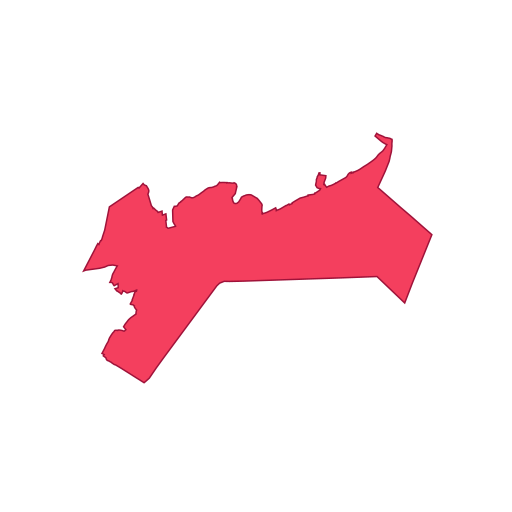 Gooise Meren, Noord-Holland, Netherlands (Natural Earth projection), rotated 134°
{"feature_id": "6326949B89511959643085", "entity_name": "Gooise Meren", "entity_type": "district", "adm_level": 2, "iso_a3": "NLD", "parent_name": "Netherlands", "parent_adm1": "Noord-Holland", "projection": "natural_earth1", "projection_center": [5.099, 52.322], "detail": "fine", "context": "isolated", "style": "filled", "palette": "rose", "viewbox_px": 512, "rotation_deg": 134, "n_neighbors": 0, "source": "geoboundaries", "source_scale": "gbopen_adm2", "svg_char_len": 5919}
<svg xmlns="http://www.w3.org/2000/svg" viewBox="0 0 512 512"><g transform="rotate(134 256 256)"><path d="M186.5,116.4L166.7,124.8L118.5,144.3L119.8,172.2L120.6,185.3L122.0,213.3L122.2,216.0L105.1,222.0L95.4,226.0L92.6,227.7L91.3,228.6L88.6,230.1L86.9,231.1L86.1,231.7L82.5,234.6L80.9,236.2L80.7,236.4L78.8,237.9L78.4,238.3L78.1,238.6L77.6,239.2L78.0,239.8L78.0,240.2L78.0,240.4L78.0,240.6L78.7,242.0L79.3,242.8L79.4,243.1L80.2,244.3L80.8,245.0L81.2,245.9L81.7,247.8L81.9,248.3L82.1,248.6L82.3,249.3L83.1,251.2L83.3,251.4L83.4,251.7L83.6,252.9L83.6,253.0L83.8,253.4L83.9,254.4L87.0,253.7L86.5,245.9L86.3,244.2L86.1,243.1L85.5,240.7L85.0,239.2L87.2,238.7L89.3,238.2L90.7,238.0L92.2,237.8L93.7,237.9L95.8,238.2L97.1,238.3L98.5,238.3L100.7,238.0L102.2,237.9L103.8,238.0L105.7,238.2L109.1,238.8L113.5,239.7L116.9,240.6L121.3,241.5L123.7,242.2L126.6,243.4L127.4,243.8L128.0,244.3L128.6,243.9L129.9,244.9L130.2,245.0L129.4,245.6L130.2,246.1L131.1,246.4L131.9,246.5L132.8,246.5L133.6,246.4L135.0,246.0L136.0,245.9L137.0,245.9L138.1,246.2L145.3,248.4L147.2,248.8L147.8,249.0L147.9,249.3L148.2,249.2L150.9,250.1L153.2,251.0L153.4,251.2L155.2,252.2L157.5,252.9L157.1,255.3L156.8,256.3L157.4,256.4L157.5,256.8L157.4,257.0L156.9,257.2L156.4,257.7L155.7,258.2L152.0,259.8L151.4,260.1L149.7,261.5L153.5,266.8L151.8,267.6L152.3,268.4L152.7,268.3L154.6,267.4L156.4,267.0L157.5,266.3L159.0,265.7L159.4,265.4L160.1,264.7L160.4,264.4L163.6,262.4L164.4,259.6L164.1,258.6L163.7,257.6L162.7,256.4L163.6,256.0L164.6,255.9L169.4,257.0L169.7,257.2L169.8,257.4L170.2,257.3L170.4,257.1L170.6,256.9L172.0,257.7L175.9,260.8L176.1,260.9L176.5,260.3L177.8,261.1L180.3,262.4L183.7,264.5L189.4,266.1L192.7,266.9L192.8,266.9L193.1,266.4L195.9,267.5L195.6,268.0L195.7,268.4L198.7,269.2L198.9,269.3L198.9,269.5L205.1,271.2L206.9,271.9L208.5,272.8L208.8,272.7L209.1,272.8L209.3,272.9L208.5,273.7L207.7,275.3L211.8,276.6L216.8,278.4L218.7,279.3L221.1,280.7L221.3,280.6L221.5,280.7L221.5,281.0L221.2,281.1L220.8,281.4L220.3,281.6L220.2,282.3L219.9,282.7L219.8,282.9L218.5,284.2L216.3,286.1L215.4,286.7L214.9,287.3L214.5,288.3L214.2,290.6L213.9,292.5L213.9,293.0L213.7,294.8L213.8,294.9L213.7,295.2L214.1,296.6L214.7,299.2L215.0,300.4L215.3,301.7L216.0,302.8L217.1,304.0L218.9,305.4L220.6,306.1L221.0,306.4L222.7,307.0L223.8,307.3L225.8,306.7L229.2,306.0L230.5,306.2L230.8,306.2L231.3,306.3L231.8,306.6L232.5,307.2L232.8,307.5L233.2,308.4L233.2,308.7L233.2,309.0L232.8,310.4L232.6,310.5L232.4,311.1L231.1,312.9L231.2,313.0L230.6,313.9L225.9,314.2L225.4,314.3L224.3,315.0L219.6,317.8L219.8,318.0L219.3,318.4L218.5,319.1L218.1,320.3L218.0,320.7L218.1,321.3L218.3,322.0L218.5,322.5L218.7,322.4L220.1,323.7L221.6,325.7L222.7,326.8L223.2,327.5L223.5,327.7L223.3,327.8L224.0,328.6L226.1,330.9L228.3,333.0L228.2,333.1L228.2,333.4L229.9,333.3L231.4,333.1L232.7,333.2L234.0,333.7L234.5,334.1L235.8,334.5L236.4,334.9L237.0,335.2L237.5,335.5L238.8,336.7L240.0,337.5L240.4,337.7L243.2,338.4L244.2,338.6L245.9,338.7L248.9,339.3L249.8,339.4L251.0,339.6L251.6,339.7L252.7,340.0L254.4,340.7L256.4,341.1L257.9,341.8L258.7,342.5L258.8,342.7L259.9,345.0L260.1,345.2L260.8,345.7L261.1,346.1L261.4,346.6L261.7,346.9L262.3,347.3L262.6,347.3L263.3,347.4L263.8,347.5L264.7,347.4L265.5,347.6L267.1,347.5L268.0,347.7L269.2,347.9L269.3,347.7L270.0,347.8L271.5,348.2L272.0,348.1L273.0,347.8L274.8,347.5L275.6,348.0L276.3,348.6L276.7,348.8L277.0,349.3L280.5,348.1L281.1,347.7L288.9,339.7L289.7,337.4L290.4,334.5L290.6,334.5L295.0,337.2L296.4,338.0L297.2,338.5L297.2,339.5L297.3,340.0L297.5,340.5L297.2,340.7L296.8,341.1L293.1,345.6L292.2,345.3L288.3,350.1L291.6,351.7L289.9,353.8L289.0,354.8L292.7,356.7L292.3,357.7L292.6,359.8L292.6,362.9L293.3,363.0L292.7,364.6L292.5,366.2L287.9,374.4L287.0,376.0L286.8,376.6L286.6,376.7L284.6,377.6L283.9,378.1L283.2,378.8L282.5,380.3L281.7,383.3L281.6,383.7L281.8,384.1L282.2,384.8L282.2,385.3L282.4,385.6L282.5,386.0L282.3,387.6L288.4,387.4L288.5,388.4L322.5,395.6L342.5,382.8L348.5,379.9L350.3,378.9L352.4,378.0L352.9,378.5L356.2,377.4L356.7,377.1L356.9,376.9L357.0,377.0L357.0,377.4L357.0,378.4L359.6,377.7L363.6,376.4L386.5,369.6L384.4,368.6L377.7,363.3L373.5,360.0L370.2,357.9L369.1,357.2L365.6,355.8L362.0,352.8L359.5,348.9L361.2,348.5L362.8,348.1L364.9,347.5L366.2,347.1L368.2,346.6L369.2,346.2L370.7,345.4L371.5,344.8L372.6,344.3L373.7,343.7L376.5,342.8L375.5,341.7L375.2,341.0L375.1,340.6L375.3,339.9L375.8,338.3L375.9,337.4L371.7,336.1L372.0,335.7L374.5,333.1L377.5,334.7L377.8,332.1L377.7,332.1L377.3,329.7L376.9,327.4L377.1,326.8L377.0,326.6L376.9,326.4L375.9,326.6L374.5,327.1L373.5,327.6L373.4,327.0L372.9,326.3L372.6,325.7L372.5,324.7L372.3,323.4L372.1,323.0L371.1,322.4L370.5,322.1L368.3,321.0L367.1,320.0L366.5,319.6L365.3,319.0L364.7,318.8L363.4,318.2L363.5,318.1L363.8,318.2L364.0,317.9L363.9,317.8L364.4,317.5L364.5,317.5L365.2,318.3L365.3,318.3L368.8,316.9L369.0,316.7L368.9,316.6L373.6,314.6L373.8,314.4L373.9,314.1L374.6,314.0L377.3,313.3L377.7,313.2L377.9,313.0L378.0,312.8L377.9,312.6L376.5,310.4L376.4,308.8L376.8,308.7L377.3,307.6L377.7,305.8L377.7,304.7L377.8,304.3L378.8,303.9L380.2,302.8L380.5,302.7L381.0,302.0L387.2,303.2L390.3,303.4L395.9,302.8L398.9,302.1L399.4,298.4L401.1,298.5L401.8,298.7L401.9,299.0L402.6,300.6L403.5,301.9L403.9,302.5L404.5,303.2L405.2,303.8L405.6,303.7L406.2,304.6L407.1,305.5L407.8,305.9L409.1,305.6L411.0,305.6L412.9,305.3L416.6,304.5L417.6,304.1L418.2,303.9L419.5,303.2L420.2,302.9L422.8,302.3L425.5,301.5L428.0,300.6L433.1,299.1L432.8,298.4L432.6,297.3L432.4,296.8L432.7,296.8L433.9,296.5L433.5,293.3L434.2,292.0L434.3,291.7L434.4,291.3L434.4,290.4L433.6,288.5L433.4,287.3L433.1,286.6L433.0,285.6L433.0,285.1L433.0,284.9L432.8,284.2L432.5,282.4L432.0,281.8L430.8,276.8L424.9,248.5L423.2,248.3L418.0,247.9L405.8,250.0L393.1,251.8L304.5,263.5L300.8,263.3L296.3,261.3L292.7,257.4L282.7,247.5L212.6,179.6L186.7,154.7L186.5,116.4Z" fill="#f43f5e" stroke="#9f1239" stroke-width="1.5"/></g></svg>